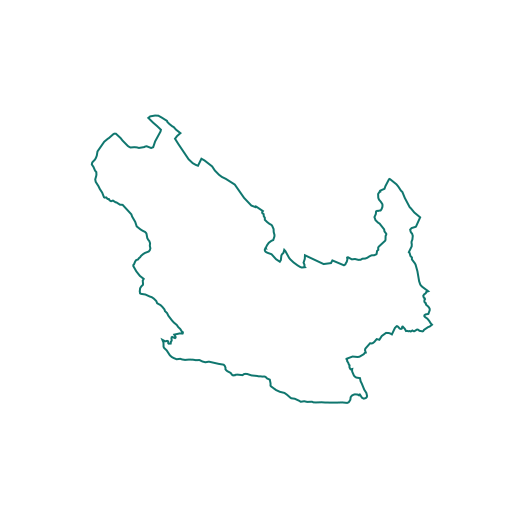 the district of Briceño, Boyacá, Colombia, rotated 296°
{"feature_id": "7082276B11306112242915", "entity_name": "Briceño", "entity_type": "district", "adm_level": 2, "iso_a3": "COL", "parent_name": "Colombia", "parent_adm1": "Boyacá", "projection": "natural_earth1", "projection_center": [-73.909, 5.679], "detail": "fine", "context": "isolated", "style": "outline", "palette": "teal", "viewbox_px": 512, "rotation_deg": 296, "n_neighbors": 0, "source": "geoboundaries", "source_scale": "gbopen_adm2", "svg_char_len": 6129}
<svg xmlns="http://www.w3.org/2000/svg" viewBox="0 0 512 512"><g transform="rotate(296 256 256)"><path d="M271.4,444.3L272.1,442.5L273.6,440.1L274.8,437.5L275.2,434.9L275.6,433.8L276.0,433.5L276.7,433.4L277.8,434.0L279.5,436.3L283.4,435.9L284.6,435.3L285.6,434.0L286.3,432.2L286.7,430.4L287.2,429.8L288.0,429.4L288.2,428.2L288.7,427.4L290.2,426.7L291.2,426.8L291.6,426.2L291.9,426.2L292.2,425.0L293.5,423.8L295.1,423.9L297.0,424.9L298.3,424.8L299.8,426.2L301.2,418.9L301.9,416.9L302.5,416.0L304.8,413.7L313.0,407.8L318.1,403.3L319.0,402.1L321.3,397.6L323.0,396.8L323.7,394.8L326.0,392.8L326.4,391.7L332.9,391.7L335.0,390.8L335.8,390.1L337.2,389.5L339.4,389.3L342.8,388.1L344.6,386.4L345.0,385.2L345.9,384.1L347.3,383.0L349.3,383.6L352.3,386.8L352.9,386.9L362.7,386.6L364.5,379.2L366.8,374.2L367.2,372.8L373.4,364.3L377.7,359.5L378.3,357.6L380.8,353.4L382.0,350.8L383.8,342.9L383.7,342.1L382.9,341.9L375.5,341.7L372.7,342.0L369.2,339.0L368.9,338.9L368.3,339.5L367.4,338.8L365.2,338.6L361.9,340.4L360.6,341.8L359.5,344.3L358.1,346.7L357.4,347.3L355.5,348.1L353.3,348.3L351.7,348.1L351.3,347.8L350.9,346.9L350.1,346.1L349.7,345.1L348.7,344.4L346.2,345.3L342.9,345.4L340.6,347.7L339.5,351.0L339.3,352.9L336.1,359.5L334.4,360.7L333.1,363.3L332.3,363.7L330.8,363.7L327.3,365.3L326.4,365.4L318.1,362.2L316.9,362.2L315.2,363.2L313.6,362.6L310.7,363.5L310.0,363.2L308.4,361.8L307.3,359.6L305.4,358.1L303.2,356.8L301.6,355.3L300.2,352.8L298.5,351.7L297.4,349.7L296.7,346.3L295.0,343.6L295.2,339.3L294.8,338.7L294.4,338.6L293.2,339.6L290.6,340.1L288.8,339.9L287.6,340.0L286.2,339.1L285.5,326.6L282.5,326.5L278.4,320.3L278.1,299.7L274.8,301.1L270.8,301.7L269.4,303.4L267.8,304.1L267.4,304.9L265.7,302.2L265.5,300.6L265.8,297.4L266.7,292.5L268.0,288.3L268.8,286.6L273.3,280.2L273.9,278.7L270.9,279.3L268.8,278.6L267.5,278.6L263.3,280.1L261.3,279.9L261.9,275.4L264.4,269.2L263.9,264.7L264.0,262.8L264.5,261.9L265.3,261.2L267.2,261.0L267.4,261.1L267.4,261.4L267.6,261.2L270.5,261.2L273.5,261.7L276.4,263.2L277.9,264.5L281.6,264.0L283.0,263.4L285.3,261.4L287.9,260.0L290.2,257.3L290.7,256.3L290.8,254.0L291.4,251.1L292.4,248.1L294.3,247.1L295.1,245.6L297.0,244.5L297.2,243.1L297.6,242.6L298.2,242.3L299.4,242.5L300.5,234.5L300.4,234.0L299.7,234.1L299.3,229.7L303.0,219.8L310.9,205.6L312.1,195.1L312.1,190.7L312.8,187.1L314.8,181.5L317.3,177.3L319.3,167.8L319.5,164.3L311.7,164.3L311.5,161.9L311.7,158.4L313.4,153.0L322.5,137.3L325.9,131.8L329.3,132.5L333.3,134.2L334.5,128.7L335.9,125.3L335.8,124.2L336.7,120.2L337.6,117.6L338.4,116.8L339.1,110.5L339.3,106.7L338.0,103.7L335.1,99.7L332.9,98.7L330.8,104.9L329.4,110.2L327.8,115.2L326.0,115.6L314.8,115.1L308.7,115.9L307.1,114.4L306.7,109.6L305.7,108.3L304.9,107.8L301.8,103.4L301.4,101.3L300.5,99.0L298.5,95.6L298.5,94.1L298.7,92.6L301.3,85.3L302.6,82.7L304.5,76.5L303.9,75.1L303.0,74.4L297.5,72.1L296.4,71.4L292.2,69.5L280.5,67.7L276.4,68.9L274.2,69.1L272.1,69.0L268.7,67.9L267.7,67.9L266.3,68.3L264.8,70.9L262.2,73.9L261.4,75.7L259.2,76.9L257.9,77.3L254.4,77.9L252.4,79.4L249.7,83.8L247.8,86.2L245.5,90.0L242.2,93.6L242.1,94.3L243.0,95.8L242.2,97.5L242.7,98.8L241.9,99.8L241.7,101.5L241.9,102.0L243.1,103.1L242.7,106.3L243.0,107.1L242.5,111.2L243.5,113.7L238.8,125.7L237.2,127.3L233.7,132.5L230.3,135.8L229.3,140.3L229.0,142.9L229.0,145.8L228.4,147.3L228.0,147.8L224.5,150.4L223.4,151.9L222.6,153.6L221.0,155.2L218.6,156.1L216.6,157.7L214.6,158.0L213.0,157.6L210.0,154.8L208.2,153.7L205.7,152.6L204.1,152.4L202.7,151.7L201.2,151.5L199.8,150.1L198.1,149.8L195.0,150.0L194.2,149.7L193.2,150.1L189.7,155.2L187.2,160.4L186.2,165.1L184.2,165.0L181.4,166.7L180.5,167.0L178.3,166.2L176.2,166.0L173.3,167.0L171.6,168.2L171.6,169.3L172.9,173.5L173.0,178.3L173.3,180.3L172.9,182.9L171.8,186.1L170.2,187.9L170.0,191.8L169.2,194.2L167.8,197.2L166.6,198.3L165.7,201.1L163.9,203.4L161.2,208.8L160.2,211.3L159.3,215.0L158.0,217.3L157.2,219.9L155.5,222.6L155.5,223.5L154.9,224.0L154.1,224.0L153.0,221.4L149.5,217.0L148.0,219.2L147.4,219.5L146.7,219.2L146.5,216.1L146.0,215.8L144.7,216.2L143.3,217.2L142.6,217.3L141.7,217.1L139.9,217.7L138.9,215.9L139.1,215.4L140.7,214.5L140.9,213.9L140.7,213.2L139.8,212.3L139.5,211.7L139.6,208.6L137.6,210.8L133.9,212.7L133.1,213.7L132.0,217.1L129.0,222.1L128.3,224.5L128.2,226.8L128.4,229.9L130.4,233.0L130.6,234.8L131.5,237.8L133.6,241.3L135.2,244.9L136.0,247.6L137.7,250.8L137.7,254.1L138.3,257.1L140.4,260.0L142.7,269.8L144.0,274.1L144.1,274.7L143.6,276.0L142.3,277.5L140.8,278.2L140.3,279.2L139.9,280.7L139.8,284.4L138.7,286.6L138.6,287.7L138.9,288.3L139.3,288.5L139.5,289.3L140.2,289.6L141.2,291.2L143.0,296.1L144.6,297.0L145.4,298.1L146.1,299.8L146.7,304.3L148.6,309.4L149.0,311.1L149.8,312.7L150.4,314.6L151.3,316.2L151.5,317.2L151.4,318.0L150.8,319.6L150.9,322.6L147.9,324.9L145.8,325.9L145.4,326.7L144.3,332.7L144.4,337.0L145.4,341.6L144.9,344.7L143.7,349.1L143.6,350.1L144.7,353.4L144.8,358.4L144.6,360.1L146.6,363.0L147.3,366.0L149.3,369.7L149.6,370.5L149.6,371.7L150.6,374.0L153.3,379.1L154.7,382.6L159.5,392.6L162.2,397.7L163.9,402.3L165.1,403.4L166.0,403.6L168.2,403.8L170.5,403.0L171.4,403.1L172.8,403.5L174.2,404.6L175.0,405.5L176.0,408.0L175.9,409.6L176.9,409.7L177.1,410.0L175.1,413.3L175.0,415.3L175.7,416.2L176.7,417.1L177.7,417.4L178.9,417.2L181.3,415.2L183.3,411.9L187.7,407.0L189.2,405.0L191.8,403.0L190.7,399.4L190.9,397.9L191.4,396.5L194.3,393.1L195.8,392.2L196.6,392.0L195.6,390.8L196.0,389.9L197.2,388.6L198.8,388.0L199.1,387.1L200.4,385.8L201.5,384.0L202.5,383.5L202.8,382.7L203.3,382.4L208.0,386.9L209.8,391.7L210.9,393.2L215.0,395.9L216.6,396.2L217.3,397.0L219.2,395.2L220.7,394.9L227.6,396.8L227.9,398.0L228.8,399.1L230.6,400.0L234.2,400.9L234.8,403.6L239.2,404.1L243.9,406.6L245.0,409.2L245.2,410.8L245.1,412.5L252.2,412.4L254.6,413.2L254.8,413.7L254.7,414.7L253.8,416.8L253.8,417.7L254.1,418.4L254.8,418.9L256.2,418.5L256.6,418.5L256.9,418.8L255.8,421.6L254.3,423.7L254.9,424.6L255.2,426.1L255.9,427.0L256.0,428.2L257.6,429.2L257.5,430.6L257.8,431.3L260.4,432.9L260.7,433.4L260.8,434.3L260.4,435.7L261.3,438.8L261.8,439.2L263.3,439.4L264.7,440.2L267.6,441.9L268.7,443.0L271.4,444.3Z" fill="none" stroke="#0f766e" stroke-width="2"/></g></svg>